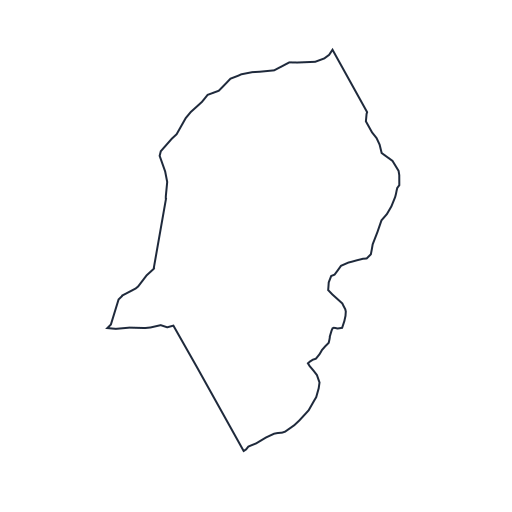 outline of Perou, Anse-la-Raye, Saint Lucia, rotated 335°
{"feature_id": "8701671B34343071784823", "entity_name": "Perou", "entity_type": "district", "adm_level": 2, "iso_a3": "LCA", "parent_name": "Saint Lucia", "parent_adm1": "Anse-la-Raye", "projection": "albers", "projection_center": [-61.007, 13.959], "detail": "fine", "context": "isolated", "style": "outline", "palette": "slate", "viewbox_px": 512, "rotation_deg": 335, "n_neighbors": 0, "source": "geoboundaries", "source_scale": "gbopen_adm2", "svg_char_len": 1890}
<svg xmlns="http://www.w3.org/2000/svg" viewBox="0 0 512 512"><g transform="rotate(335 256 256)"><path d="M421.2,239.1L419.9,227.5L413.4,215.8L415.1,207.3L415.1,200.1L413.4,193.0L412.5,180.4L416.3,173.9L417.5,172.6L412.5,101.4L407.3,104.6L401.4,105.8L391.7,105.0L375.4,98.2L368.0,94.6L350.9,95.4L337.3,90.6L330.3,87.8L319.4,85.1L316.3,85.1L307.8,84.5L299.3,87.8L292.1,90.5L280.3,89.5L272.1,93.5L257.8,97.9L250.6,101.3L235.5,112.1L229.3,114.1L214.0,120.8L211.0,124.5L209.4,141.0L206.8,151.4L199.6,163.6L198.4,166.0L199.1,165.4L158.5,223.4L158.5,223.9L157.9,224.4L148.7,227.3L136.3,233.8L133.2,234.6L118.0,235.3L117.7,235.7L113.1,237.3L106.6,244.5L95.5,256.8L90.8,258.5L98.2,262.8L111.2,267.5L125.0,274.4L130.2,276.2L140.4,278.4L145.4,283.1L151.7,284.2L155.5,331.9L162.4,427.5L165.3,427.1L168.5,425.5L171.6,425.6L176.9,425.9L183.6,425.2L188.5,424.7L197.3,424.7L200.5,425.5L203.3,426.5L204.9,427.1L205.6,427.2L208.1,427.5L219.3,425.5L225.7,423.4L238.5,418.1L247.8,411.5L250.9,409.4L256.9,402.4L260.1,397.5L260.5,393.5L260.9,389.7L259.7,384.3L258.1,378.5L257.7,375.2L260.5,374.4L261.6,374.3L263.7,374.0L266.0,374.3L266.8,374.4L267.7,374.0L272.0,371.9L274.5,370.2L276.0,369.1L280.8,367.0L282.8,366.3L285.2,365.4L287.3,362.7L288.5,361.0L288.7,360.4L289.9,359.0L293.2,355.3L294.4,354.3L294.8,353.9L296.1,353.9L297.8,355.0L298.5,355.6L299.3,356.2L301.3,356.8L303.7,357.5L308.5,352.4L311.8,348.1L313.9,344.3L314.4,342.0L314.2,337.7L314.2,335.5L308.9,323.0L307.0,317.4L308.7,314.4L310.8,310.6L315.7,305.9L319.3,306.1L323.4,303.9L326.8,302.0L328.9,300.8L332.7,300.9L337.0,301.0L340.6,301.7L345.5,302.5L349.6,303.3L351.8,303.7L353.8,304.5L355.3,305.0L360.8,303.0L363.5,299.3L366.7,294.7L376.1,285.7L384.8,276.7L392.4,273.3L399.6,268.3L403.7,264.5L407.0,261.4L408.1,260.1L409.3,258.6L411.2,256.0L412.8,254.0L415.8,252.4L420.0,243.3L421.2,239.1Z" fill="none" stroke="#1e293b" stroke-width="2"/></g></svg>